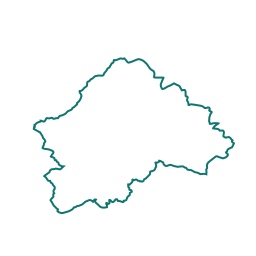 Pac Nam, Bắc Kạn, Vietnam (Equal Earth projection), rotated 72°
{"feature_id": "81297802B12739753000309", "entity_name": "Pac Nam", "entity_type": "district", "adm_level": 2, "iso_a3": "VNM", "parent_name": "Vietnam", "parent_adm1": "Bắc Kạn", "projection": "equal_earth", "projection_center": [105.684, 22.609], "detail": "fine", "context": "isolated", "style": "outline", "palette": "teal", "viewbox_px": 256, "rotation_deg": 72, "n_neighbors": 0, "source": "geoboundaries", "source_scale": "gbopen_adm2", "svg_char_len": 5878}
<svg xmlns="http://www.w3.org/2000/svg" viewBox="0 0 256 256"><g transform="rotate(72 128 128)"><path d="M196.8,172.5L195.9,172.3L195.0,171.8L194.3,171.8L193.4,172.2L193.0,172.1L192.7,171.7L192.7,171.3L192.9,171.1L194.0,170.8L194.1,170.1L194.0,169.3L193.7,168.8L193.3,168.6L191.3,168.3L190.8,168.1L190.8,167.9L190.8,167.5L191.3,167.0L192.9,166.3L193.6,165.7L193.8,165.2L193.7,164.7L193.1,163.2L192.2,162.2L192.1,161.4L192.5,160.4L194.2,160.2L195.1,158.2L196.7,156.1L196.9,155.3L196.8,155.0L196.6,154.8L195.9,154.5L196.1,152.9L196.1,152.4L196.0,151.9L193.7,150.1L192.9,148.6L192.3,147.1L190.3,146.3L189.8,144.1L189.1,144.0L188.2,144.1L187.2,145.7L186.8,145.7L185.4,145.3L184.8,145.5L184.2,145.9L183.8,145.9L183.1,145.5L182.3,145.5L181.7,145.3L181.8,144.8L182.3,143.9L182.3,143.6L181.8,143.0L181.4,141.8L180.9,141.3L180.5,140.5L180.0,140.1L179.5,139.9L178.7,139.9L178.5,139.6L178.6,139.3L179.3,138.8L179.5,138.2L179.4,137.0L179.5,136.3L179.7,135.8L181.0,135.0L181.3,134.7L181.5,133.9L182.6,133.0L182.6,132.2L183.2,131.4L183.4,130.9L183.3,130.1L183.0,129.6L181.7,128.3L181.5,126.6L178.9,121.6L178.1,121.1L176.4,120.4L176.3,119.8L176.5,118.0L176.2,116.1L175.8,115.4L175.2,114.8L174.2,114.1L173.5,113.2L172.8,112.9L171.5,112.7L169.5,112.6L169.4,112.0L169.9,111.4L170.0,110.6L169.6,108.8L168.8,108.5L169.3,107.5L171.5,105.3L172.0,105.2L173.2,105.3L173.7,105.2L175.5,104.2L175.8,103.6L176.1,102.3L176.0,100.7L176.1,99.2L176.4,98.5L178.3,96.2L180.4,92.5L180.7,90.2L181.5,87.7L181.9,87.1L183.0,86.4L183.3,86.0L183.6,85.3L184.2,84.9L185.7,84.4L186.3,83.8L187.5,81.1L188.6,79.9L190.5,78.3L192.3,75.2L194.2,73.6L194.9,70.4L195.6,68.6L196.2,67.8L194.0,66.9L192.1,66.6L191.5,66.2L190.7,65.3L189.8,64.9L188.5,64.7L187.3,64.2L186.1,63.1L185.3,61.7L184.3,59.0L182.4,53.8L182.2,52.9L182.4,52.1L183.3,51.1L185.9,47.6L186.2,47.0L186.2,44.4L185.6,42.5L184.7,41.4L184.1,41.3L183.5,41.3L182.3,42.1L181.5,42.3L181.4,42.2L181.1,41.8L180.9,41.1L179.3,39.8L178.9,38.5L178.5,35.8L178.5,35.0L175.5,32.1L175.2,32.0L174.0,33.0L173.5,33.2L172.9,33.3L172.5,33.1L172.0,32.4L171.3,32.9L168.7,34.0L167.8,34.9L167.5,36.1L167.5,37.8L166.5,39.0L165.6,39.7L165.2,39.8L161.8,38.1L160.4,38.1L159.9,38.4L159.6,39.0L158.8,41.6L158.0,41.8L157.1,42.4L156.4,43.4L154.7,47.1L154.3,46.9L153.1,45.1L152.1,42.6L151.8,40.9L151.6,40.6L151.2,41.2L150.1,44.3L149.8,45.8L149.8,47.1L149.5,48.3L149.4,48.8L149.0,48.9L148.0,48.6L147.0,48.8L146.4,48.7L143.0,47.3L141.9,46.5L140.1,45.2L139.2,43.8L138.7,43.5L138.2,43.7L137.2,44.9L136.5,45.3L135.2,44.4L134.7,44.3L133.6,44.7L133.2,45.6L133.0,48.1L132.8,48.8L130.7,50.1L129.3,52.0L126.2,58.0L124.9,60.8L124.9,61.2L125.0,62.6L125.0,63.1L124.7,63.3L122.0,62.8L120.5,63.3L119.5,63.2L117.7,61.9L117.0,61.8L116.6,61.9L116.3,62.1L116.0,62.8L115.4,63.2L115.0,63.2L111.9,62.2L110.6,62.0L109.6,62.2L109.2,62.6L108.8,65.2L104.0,66.1L103.1,67.0L101.8,68.5L99.8,70.4L99.9,71.2L100.6,74.4L100.8,77.4L101.6,80.9L101.7,82.9L101.0,83.6L98.3,83.8L96.7,83.4L94.4,81.6L91.7,79.2L91.1,78.8L90.8,79.3L88.7,85.9L88.2,87.1L87.9,87.4L87.4,87.5L85.5,86.4L83.8,85.9L82.5,86.0L81.6,86.2L80.7,87.1L78.6,88.6L72.8,90.4L68.9,92.6L67.0,94.6L66.1,96.0L65.7,97.1L65.7,98.5L66.1,103.7L66.1,105.8L66.1,106.9L65.8,107.6L64.8,108.3L61.8,109.4L60.6,110.1L60.7,110.7L60.7,111.3L60.3,112.2L59.7,113.1L59.5,113.9L59.8,118.2L59.7,119.1L59.2,119.8L59.1,120.4L59.4,120.7L60.9,121.5L61.3,122.0L61.4,123.1L61.9,124.0L62.6,124.6L63.3,125.7L64.2,126.3L64.7,127.3L65.0,128.6L65.3,129.3L66.0,129.9L66.7,130.7L68.1,132.9L68.5,133.6L70.1,135.0L70.3,135.7L70.1,136.9L69.5,138.3L68.9,140.3L68.7,142.1L68.6,143.1L68.8,144.0L69.3,144.9L70.0,146.8L70.2,148.3L71.4,150.2L71.6,152.1L72.5,152.9L74.9,153.8L75.5,154.5L76.5,157.6L77.6,159.1L78.1,160.6L78.1,161.6L77.9,162.5L78.5,162.8L79.2,162.9L82.5,162.2L83.6,162.6L86.0,164.5L87.2,166.0L88.2,167.8L88.6,168.8L89.5,169.0L90.0,169.5L90.4,170.7L91.1,172.0L91.5,173.2L91.8,174.6L92.7,175.5L93.1,176.2L93.5,180.1L95.0,182.9L95.3,184.0L95.6,186.7L95.4,189.1L96.2,190.6L96.9,191.3L96.9,192.0L96.5,193.1L96.4,194.0L96.5,194.9L96.2,196.0L95.7,196.5L95.0,196.9L94.6,197.8L94.6,199.6L94.0,201.2L93.5,202.0L93.7,202.8L95.5,204.7L95.9,205.6L95.7,206.4L95.2,207.2L94.4,208.0L94.1,208.7L94.5,208.7L94.9,209.3L94.8,211.4L94.9,212.4L95.0,213.1L95.6,214.3L96.2,215.3L96.8,215.9L97.1,216.0L96.7,216.2L99.8,217.9L103.6,214.3L104.2,213.9L104.7,213.1L109.1,211.9L111.4,211.8L112.9,211.1L114.1,210.8L115.0,210.8L115.5,211.0L116.5,212.5L118.1,213.3L119.8,214.9L120.7,215.4L121.1,215.1L122.2,213.4L123.9,209.9L125.8,207.6L126.6,206.8L127.3,206.4L128.4,206.5L129.0,207.1L129.8,208.5L131.3,210.2L131.5,210.1L132.8,208.3L134.0,207.3L135.2,207.5L135.8,207.5L136.0,207.4L136.3,206.5L136.6,206.2L137.5,206.2L138.1,206.0L138.5,205.8L139.0,205.2L139.3,205.0L139.8,204.9L140.9,205.1L141.2,205.1L142.1,204.6L144.0,202.8L144.3,201.9L144.6,201.2L145.3,202.9L145.9,203.9L146.3,205.0L146.3,205.5L144.8,208.2L144.3,209.5L144.3,210.9L143.7,213.1L143.8,213.9L144.1,214.9L144.4,215.4L145.7,216.3L145.8,216.6L147.0,220.1L147.6,222.2L147.9,222.5L149.2,221.6L150.4,221.1L153.1,220.4L154.1,219.1L154.3,218.4L156.1,218.3L156.5,217.9L157.5,217.1L158.9,217.0L161.0,216.1L161.5,216.0L162.2,216.1L162.6,216.4L163.2,216.5L163.5,216.8L164.0,217.7L164.6,218.2L165.1,218.4L166.2,218.6L167.2,218.3L167.7,219.3L168.2,219.7L170.3,220.2L170.5,220.4L171.8,223.0L172.7,224.0L173.0,224.0L175.1,223.3L178.5,222.7L182.3,220.8L182.8,220.6L183.8,219.7L185.2,220.8L185.4,220.8L186.6,219.9L188.3,217.8L188.7,216.0L188.9,210.3L188.6,208.1L188.1,205.9L187.0,204.2L186.8,203.7L187.1,202.4L186.9,201.7L186.5,200.6L186.8,199.1L186.8,198.3L186.6,195.3L184.9,191.1L184.8,190.4L184.9,189.3L184.6,188.1L184.6,187.2L184.9,186.3L185.1,185.9L185.5,185.3L186.3,184.6L187.1,184.3L187.4,184.0L187.3,183.8L186.2,182.7L185.7,181.6L186.2,180.7L187.2,181.9L188.8,181.9L190.7,180.7L194.5,178.6L195.7,177.1L196.4,175.2L196.8,172.5Z" fill="none" stroke="#0f766e" stroke-width="2"/></g></svg>